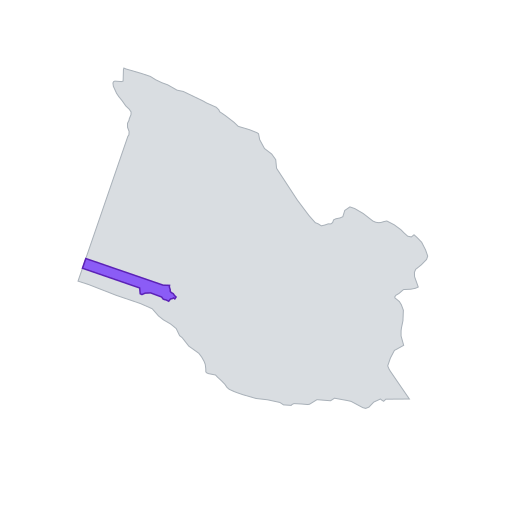 Uganda, with Mayuge highlighted, rotated 109°
{"feature_id": "UGA-3120", "entity_name": "Mayuge", "entity_type": "District", "adm_level": 1, "iso_a3": "UGA", "parent_name": "Uganda", "parent_adm1": "", "projection": "equal_earth", "projection_center": [33.58, -0.276], "detail": "fine", "context": "in_parent", "style": "filled", "palette": "violet", "viewbox_px": 512, "rotation_deg": 109, "n_neighbors": 0, "source": "natural_earth", "source_scale": "10m", "svg_char_len": 2727}
<svg xmlns="http://www.w3.org/2000/svg" viewBox="0 0 512 512"><g transform="rotate(109 256 256)"><path d="M337.7,416.1L332.2,416.1L323.3,416.1L314.4,416.1L305.5,416.1L296.7,416.1L287.8,416.1L278.9,416.1L270.0,416.1L261.1,416.1L252.2,416.1L243.3,416.1L234.4,416.1L225.5,416.1L216.7,416.1L207.8,416.1L198.9,416.1L190.0,416.1L184.7,416.1L183.7,415.9L182.9,415.6L179.6,416.5L176.1,419.4L172.4,420.7L168.5,420.2L168.0,420.5L166.0,420.4L163.1,420.2L160.5,421.0L158.5,423.6L156.5,428.0L152.8,433.1L150.0,437.6L147.6,440.8L142.0,446.1L139.0,447.6L137.5,447.4L136.6,446.4L134.8,439.7L133.8,438.6L123.0,442.0L121.3,442.1L121.5,440.0L120.7,424.1L120.6,414.4L122.0,408.4L122.8,401.4L122.9,395.2L124.9,384.7L124.1,378.4L126.7,356.2L127.4,352.6L128.3,342.0L129.9,338.7L131.4,337.4L133.2,330.8L136.7,320.4L139.2,315.0L138.7,303.2L139.1,295.2L139.6,293.4L144.8,290.4L151.6,283.0L154.5,274.3L158.5,268.7L166.4,265.1L189.6,235.2L200.5,219.1L205.2,210.8L205.3,207.9L206.2,204.0L204.3,201.0L202.1,198.2L201.3,195.7L199.4,194.4L196.6,194.4L194.8,192.6L192.7,189.0L190.6,186.7L184.0,186.9L179.0,183.2L179.0,178.1L181.0,168.2L184.9,156.8L185.1,153.7L184.6,151.0L183.6,148.7L181.9,146.4L180.3,143.7L181.5,135.5L184.0,127.5L186.0,123.5L187.9,119.0L187.4,115.3L184.5,113.5L186.0,109.9L189.1,103.8L195.0,97.7L200.2,93.6L203.7,93.6L210.5,96.8L216.6,100.7L219.9,100.9L224.0,99.3L232.5,92.5L234.5,94.6L237.0,98.8L239.7,105.6L245.0,108.7L247.5,110.9L249.4,111.5L250.4,111.0L252.4,105.6L254.8,102.7L259.3,99.0L269.3,96.0L276.4,95.1L279.4,94.5L284.4,92.8L292.4,87.3L300.2,94.4L308.7,95.7L317.0,95.7L319.5,93.5L320.9,91.9L329.6,80.2L341.3,64.4L349.1,86.6L351.8,88.0L351.4,89.9L350.7,91.8L355.8,97.1L362.1,100.0L364.4,102.7L364.6,105.7L362.5,118.7L362.9,122.4L364.9,135.5L368.6,138.4L372.0,151.6L378.7,157.1L379.6,158.7L381.2,165.1L383.2,172.1L384.8,173.7L385.8,174.1L387.8,181.5L386.7,185.7L388.2,198.3L390.7,209.6L391.4,223.1L391.4,229.1L391.3,232.7L390.8,237.9L389.6,240.8L387.4,243.7L385.1,248.3L383.0,253.1L381.7,255.5L382.7,262.8L382.5,264.7L381.9,265.7L378.9,266.8L375.0,268.7L372.6,270.7L369.3,274.4L366.6,278.4L363.1,290.2L357.2,299.3L356.2,302.3L350.6,307.8L348.1,314.6L346.5,322.8L344.4,328.7L339.7,336.9L338.6,349.7L338.7,375.4L337.5,404.6L337.7,416.1Z" fill="#d9dde1" stroke="#a8b0b8" stroke-width="1"/><path d="M324.1,416.1L315.3,416.1L313.8,416.1L313.8,334.2L311.9,328.2L313.4,327.9L315.7,326.2L316.4,325.9L317.0,325.8L317.7,325.2L318.2,323.8L318.6,321.9L319.9,320.2L320.8,318.2L323.0,318.8L322.4,320.2L323.5,321.2L324.5,322.9L327.2,323.8L326.8,326.9L327.0,328.0L327.0,328.4L327.0,329.7L325.5,331.9L325.2,343.7L327.2,348.7L329.6,351.3L329.4,353.2L324.1,355.6L324.1,416.1L324.1,416.1Z" fill="#8b5cf6" stroke="#5b21b6" stroke-width="1.5"/></g></svg>